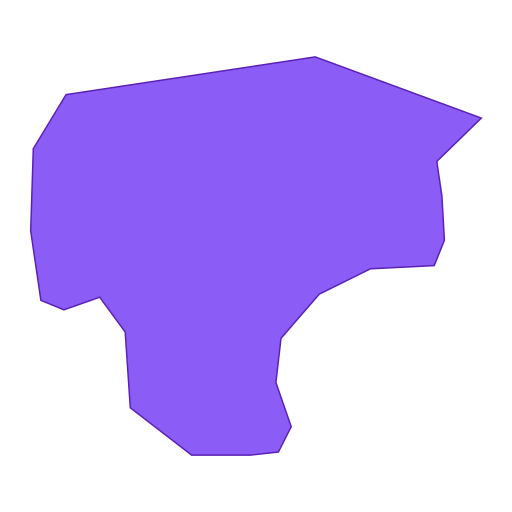 Żebbuġ, Mercator projection
{"feature_id": "MLT-5977", "entity_name": "Żebbuġ", "entity_type": "state/province", "adm_level": 1, "iso_a3": "MLT", "parent_name": "Malta", "parent_adm1": "", "projection": "mercator", "projection_center": [14.249, 36.061], "detail": "fine", "context": "isolated", "style": "filled", "palette": "violet", "viewbox_px": 512, "rotation_deg": 0, "n_neighbors": 0, "source": "natural_earth", "source_scale": "10m", "svg_char_len": 398}
<svg xmlns="http://www.w3.org/2000/svg" viewBox="0 0 512 512"><path d="M66.1,94.6L315.2,56.9L481.3,118.1L436.8,161.4L441.9,196.1L444.4,240.3L434.2,265.6L370.4,268.8L319.3,294.1L281.0,338.3L275.9,382.5L291.2,426.7L278.4,452.0L250.4,455.1L191.6,455.1L130.3,407.8L125.2,332.0L99.7,297.2L63.9,309.8L40.9,300.4L30.7,230.9L33.3,148.7L66.1,94.6Z" fill="#8b5cf6" stroke="#5b21b6" stroke-width="1.5"/></svg>